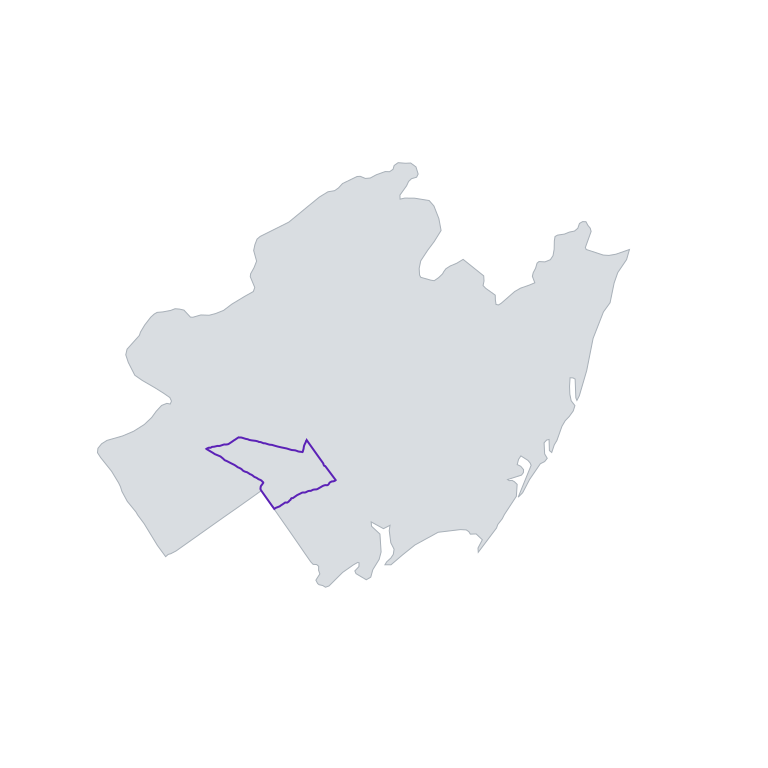 Okano, Wouleu-Ntem, Gabon (highlighted), rotated 235°
{"feature_id": "22940354B24104320747688", "entity_name": "Okano", "entity_type": "district", "adm_level": 2, "iso_a3": "GAB", "parent_name": "Gabon", "parent_adm1": "Wouleu-Ntem", "projection": "equal_earth", "projection_center": [11.511, 0.744], "detail": "fine", "context": "in_parent", "style": "outline", "palette": "violet", "viewbox_px": 768, "rotation_deg": 235, "n_neighbors": 0, "source": "geoboundaries", "source_scale": "gbopen_adm2", "svg_char_len": 6036}
<svg xmlns="http://www.w3.org/2000/svg" viewBox="0 0 768 768"><g transform="rotate(235 384 384)"><path d="M497.0,118.4L496.7,124.7L491.4,140.0L488.9,151.8L488.3,164.4L489.8,174.5L492.3,181.7L494.0,189.5L492.7,195.0L490.2,197.4L491.9,200.1L495.7,200.8L502.3,198.4L512.3,194.2L525.4,188.1L534.1,184.9L548.3,186.9L556.0,189.2L559.9,193.5L564.1,211.5L566.2,214.3L569.6,221.9L572.5,231.2L573.1,235.8L572.8,239.2L569.9,244.2L566.6,251.5L565.5,256.0L562.8,259.3L559.3,262.5L549.8,263.8L548.3,265.7L545.6,273.6L540.6,280.2L538.3,286.4L536.3,294.8L536.7,305.1L535.7,320.0L534.7,330.0L537.2,333.5L548.6,336.0L550.8,338.0L553.8,344.2L557.7,350.1L568.1,353.8L572.2,358.2L575.5,363.1L575.9,367.2L573.5,383.3L571.2,398.8L572.1,410.6L573.0,421.9L574.2,438.3L573.6,448.3L570.7,454.4L570.7,459.2L572.0,465.0L569.4,481.0L567.7,483.7L563.1,486.6L560.6,490.9L559.8,497.7L557.3,506.9L554.7,510.3L554.7,514.6L557.2,517.7L557.2,522.5L552.5,528.2L549.7,532.6L543.5,534.7L536.4,532.4L534.7,529.3L536.4,524.3L535.8,520.3L533.4,516.2L529.6,505.4L526.2,503.2L524.4,507.6L518.6,515.7L508.4,526.2L501.2,527.0L488.0,523.8L477.0,518.8L471.8,506.6L468.5,496.5L463.8,484.7L458.5,479.1L452.8,475.6L450.3,475.3L442.2,481.9L439.8,484.4L439.8,489.9L440.6,495.1L441.8,497.5L442.9,500.8L442.7,505.9L441.2,512.8L440.7,520.3L415.4,527.7L411.0,525.0L407.8,521.6L404.0,522.2L393.0,526.1L388.9,523.4L384.9,521.4L383.1,523.1L382.9,526.3L384.8,544.1L384.2,550.8L381.7,559.6L380.4,565.6L387.1,567.3L389.6,570.1L391.9,574.6L395.2,578.7L395.4,581.2L391.7,585.9L390.4,591.6L392.2,596.1L396.8,600.7L403.5,605.6L406.7,608.7L406.4,611.6L403.3,617.8L402.1,623.0L400.0,627.8L400.4,632.1L403.4,636.2L403.1,639.8L401.1,642.5L396.9,642.0L393.4,642.3L390.2,641.2L380.3,627.2L378.2,626.8L363.8,637.6L360.3,642.0L357.3,648.4L353.4,662.2L346.8,654.1L341.2,639.4L334.7,630.4L320.9,615.8L317.2,605.1L301.4,581.4L278.7,557.7L262.3,537.2L259.9,532.6L262.6,533.2L278.4,543.4L280.6,542.3L282.4,540.0L275.6,534.6L269.1,530.4L262.9,527.7L256.8,528.0L253.4,523.6L251.1,517.0L250.0,511.4L247.3,505.5L238.6,493.3L236.5,488.6L231.7,482.1L234.6,481.3L243.9,487.4L244.8,485.0L244.0,481.4L234.6,475.5L229.5,475.1L228.3,471.1L229.0,466.3L222.3,448.5L215.4,435.2L214.3,429.0L233.0,457.9L235.6,458.4L238.9,458.1L246.6,454.9L245.1,451.0L241.6,446.9L238.2,448.8L233.8,449.2L231.5,447.4L230.5,444.4L234.9,430.4L233.0,431.1L231.6,433.6L229.1,434.8L225.4,435.5L216.1,428.0L208.0,407.7L205.8,403.6L203.6,396.5L201.5,393.6L192.1,364.7L195.7,366.9L200.0,375.2L208.3,373.5L211.5,368.6L214.4,368.8L217.3,367.7L220.9,363.1L231.5,343.3L234.4,317.0L233.4,301.5L231.9,286.0L235.4,281.1L236.8,284.3L237.5,289.8L239.1,293.9L242.9,297.5L250.0,298.5L260.9,304.2L264.8,307.9L265.8,300.6L278.4,294.4L274.6,292.2L263.4,294.6L248.1,285.3L243.1,279.4L238.3,268.3L233.4,262.4L233.8,257.2L244.7,252.3L247.6,252.9L248.8,258.7L251.8,261.0L252.9,260.2L253.4,255.3L253.4,242.1L250.1,223.1L251.1,219.5L254.1,218.2L256.8,215.7L258.6,215.2L262.4,215.7L264.2,220.0L265.2,222.5L269.0,223.6L272.1,225.9L274.7,225.3L276.9,222.5L280.2,222.0L290.2,222.0L299.2,222.1L317.3,222.2L335.3,222.2L353.4,222.3L367.0,222.4L366.9,211.5L366.8,194.8L366.8,175.1L366.7,156.1L366.6,138.6L366.5,117.9L367.3,111.9L368.2,109.5L367.8,106.1L381.8,105.8L407.1,107.4L418.1,107.1L421.3,107.4L435.1,106.4L446.3,107.7L451.0,109.2L455.3,109.9L468.7,110.8L486.2,109.7L492.1,109.9L495.4,112.8L497.0,118.4Z" fill="#d9dde1" stroke="#a8b0b8" stroke-width="1"/><path d="M332.9,288.4L333.0,289.3L343.1,289.0L349.8,288.8L350.6,288.7L351.1,288.2L351.8,288.1L352.8,288.3L353.4,288.6L354.2,288.7L364.2,288.6L379.8,288.5L382.4,288.5L382.2,288.2L382.0,287.4L381.1,286.4L380.6,285.3L379.4,283.3L378.3,282.1L377.1,281.0L375.8,279.4L375.2,278.7L375.0,278.2L375.6,277.6L376.4,276.7L377.1,275.9L378.0,275.0L379.1,274.3L380.6,273.2L382.9,270.5L384.4,269.3L387.0,267.3L391.0,263.5L393.9,260.9L396.1,259.1L397.5,258.0L398.4,257.3L399.4,256.1L399.9,255.5L401.1,254.5L402.3,253.6L403.6,252.6L404.6,251.3L405.7,250.6L406.8,249.9L407.5,249.3L408.3,248.3L409.4,247.7L411.0,246.3L413.7,243.3L415.2,241.8L415.9,241.3L416.9,240.7L418.3,239.3L420.0,238.0L421.3,237.0L422.2,236.2L423.0,235.0L423.7,234.3L423.8,231.9L423.8,230.3L423.9,228.8L423.9,226.2L424.0,222.4L424.2,221.5L424.8,220.3L425.2,219.6L425.9,218.8L426.4,217.7L426.9,215.9L427.2,214.9L427.5,213.9L428.0,213.1L428.5,212.5L428.9,211.9L429.3,210.8L429.7,209.8L430.1,208.8L430.6,208.0L431.1,207.1L431.2,206.5L431.2,205.7L431.4,205.1L432.2,204.2L432.5,203.1L432.7,202.0L432.7,201.3L432.3,201.4L430.6,202.2L428.5,203.1L425.9,204.3L423.6,205.2L421.1,206.8L418.4,208.5L415.2,209.4L413.0,209.8L412.3,210.2L411.3,210.9L409.0,212.1L406.7,213.3L403.6,215.0L402.2,215.6L401.3,215.9L400.6,216.2L400.0,216.3L399.3,216.7L398.4,217.3L396.9,218.1L395.8,218.5L394.6,218.7L393.6,218.9L392.9,219.3L392.0,219.8L391.0,220.6L390.3,221.2L389.1,221.7L388.2,222.1L387.2,222.4L386.5,222.9L385.8,223.3L385.0,223.7L384.1,224.0L382.6,224.4L381.9,224.7L381.1,225.3L379.5,226.1L378.0,226.6L376.7,227.5L375.3,228.2L374.5,228.3L373.7,228.4L373.1,228.6L372.6,228.6L372.3,228.4L372.0,227.7L371.8,227.0L371.5,226.3L371.3,225.4L371.0,224.7L370.5,224.0L369.6,223.2L368.9,222.6L368.2,222.4L367.4,222.3L366.8,222.3L366.5,222.3L362.4,222.3L348.5,222.4L344.6,222.5L344.6,223.6L344.6,224.4L344.4,225.2L344.1,226.4L343.8,227.6L343.6,228.4L343.7,230.1L343.6,232.0L343.6,233.9L343.6,235.1L343.3,235.5L342.9,236.0L342.4,236.6L342.3,238.2L342.6,239.4L342.8,240.0L342.7,240.7L342.9,241.4L343.4,242.0L343.5,242.8L343.2,243.3L342.8,243.9L342.8,247.4L342.8,249.2L342.6,250.4L342.4,251.7L342.2,252.8L342.1,254.0L341.9,254.8L341.5,255.6L340.9,256.3L340.4,257.1L340.1,258.2L340.0,259.1L339.9,259.9L339.6,260.9L338.9,262.2L338.5,262.6L338.3,263.5L338.2,264.7L338.0,265.4L337.6,266.3L337.0,267.3L336.4,268.3L336.1,269.3L336.0,270.9L335.8,273.0L335.7,274.6L335.5,276.0L335.1,277.3L334.6,278.3L334.2,278.7L333.6,279.6L333.5,280.2L333.6,281.0L333.8,281.6L334.2,282.3L334.4,283.3L334.3,284.3L334.1,285.4L333.6,286.2L333.2,287.0L332.9,288.3L332.9,288.4Z" fill="none" stroke="#5b21b6" stroke-width="2"/></g></svg>